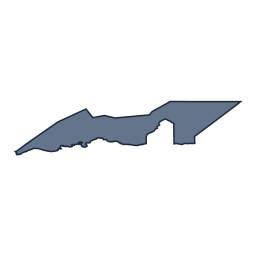 the district of Grindavíkurbær, Suðurnes, Iceland
{"feature_id": "244011B76002453234506", "entity_name": "Grindavíkurbær", "entity_type": "district", "adm_level": 2, "iso_a3": "ISL", "parent_name": "Iceland", "parent_adm1": "Suðurnes", "projection": "robinson", "projection_center": [-22.33, 63.889], "detail": "fine", "context": "isolated", "style": "filled", "palette": "slate", "viewbox_px": 256, "rotation_deg": 0, "n_neighbors": 0, "source": "geoboundaries", "source_scale": "gbopen_adm2", "svg_char_len": 5090}
<svg xmlns="http://www.w3.org/2000/svg" viewBox="0 0 256 256"><path d="M189.3,101.6L170.3,101.5L152.2,111.5L149.4,114.9L115.0,118.0L104.5,115.5L92.8,117.7L86.0,109.0L57.8,122.0L27.2,143.3L15.9,151.7L15.5,151.5L15.4,151.5L15.9,152.0L16.0,152.4L16.2,152.6L16.3,152.9L16.5,153.0L16.5,153.3L16.9,153.6L17.0,153.7L16.8,153.8L17.1,154.0L16.9,154.1L17.0,154.2L16.9,154.3L16.6,154.3L16.6,154.5L17.0,154.4L17.1,154.5L17.4,154.3L17.6,154.2L17.8,154.3L17.8,154.5L18.6,154.5L18.8,154.4L19.3,154.3L19.5,154.4L19.6,154.2L20.4,154.1L21.1,153.9L21.2,153.7L21.3,153.6L21.5,153.4L21.9,153.1L22.0,153.1L22.1,152.9L22.8,152.6L23.0,152.5L23.4,152.3L24.3,152.1L24.7,151.8L25.1,151.8L26.3,151.4L26.7,151.4L27.0,151.2L27.9,150.5L28.4,150.2L30.1,149.9L31.1,149.5L31.3,149.3L32.1,149.2L33.1,148.5L33.9,148.3L34.2,148.3L34.8,148.3L35.7,148.6L36.1,148.6L36.6,148.4L37.1,148.4L37.7,148.5L38.2,148.7L40.1,148.9L41.5,149.4L41.8,149.7L42.2,149.8L42.9,150.0L43.7,150.2L44.3,150.4L45.4,150.5L45.9,150.7L46.8,150.8L47.7,151.1L49.7,151.3L51.1,151.6L52.1,151.4L54.5,151.3L54.8,151.2L55.2,150.9L56.5,150.8L57.3,150.7L57.7,150.5L57.9,150.3L58.0,150.1L58.3,149.7L58.2,149.6L57.7,149.6L57.8,149.2L58.4,148.7L58.8,148.6L59.6,148.6L59.9,148.6L60.0,148.8L60.4,149.0L60.6,149.0L60.6,148.9L60.9,148.7L60.5,148.6L60.0,148.0L60.0,147.7L60.3,147.7L60.4,147.4L60.4,147.2L60.6,147.0L60.7,146.8L60.7,146.5L60.5,146.4L60.6,146.1L60.6,145.9L61.0,145.7L61.3,145.7L61.8,145.5L62.4,145.7L63.1,145.6L63.3,145.7L63.7,146.0L63.5,146.3L63.8,146.3L63.8,146.2L64.1,146.2L64.3,146.2L64.7,146.3L65.3,146.3L65.5,146.5L65.6,146.4L66.0,146.5L66.3,146.3L66.5,146.3L67.1,146.4L67.6,146.3L67.9,146.4L68.1,146.6L68.6,146.6L69.1,146.8L69.6,147.0L70.1,147.0L70.4,146.8L70.8,146.9L71.9,146.5L71.6,146.1L71.8,145.9L71.7,145.7L71.8,145.5L71.9,145.3L71.8,145.1L72.1,144.9L72.1,145.0L72.2,145.4L72.4,145.3L72.7,145.4L72.8,145.3L73.2,145.3L73.6,145.4L73.8,145.3L74.0,145.4L74.4,145.2L74.5,145.0L74.2,144.9L74.3,144.7L74.9,144.4L75.0,144.5L75.3,144.4L76.1,144.5L76.2,144.4L76.4,144.3L77.4,144.2L77.7,144.0L78.7,144.2L78.7,144.3L78.8,144.3L78.7,144.2L77.7,144.0L77.7,143.8L77.8,143.7L78.6,143.4L78.9,143.4L78.6,143.3L78.8,143.1L79.1,143.2L78.5,143.0L78.4,143.0L78.4,142.9L78.6,142.7L78.6,142.8L79.1,142.8L79.1,142.7L79.3,142.8L80.2,142.6L80.2,142.2L80.7,142.0L81.2,142.0L81.8,142.4L82.0,142.6L80.8,142.8L81.6,142.7L82.0,142.8L81.6,143.1L81.1,143.1L80.7,143.4L79.4,143.3L80.1,143.3L80.5,143.5L80.6,143.8L79.6,144.1L79.5,144.3L79.6,144.2L80.6,143.9L80.8,144.0L81.0,144.3L81.2,144.8L81.4,145.2L81.5,145.4L81.4,145.8L81.5,146.0L82.6,146.6L83.3,146.9L84.0,147.1L85.1,147.1L85.5,146.9L86.8,146.3L86.9,146.2L87.1,145.9L87.0,145.4L86.6,145.1L86.2,144.9L86.2,144.6L85.9,144.3L85.9,144.2L86.2,143.9L85.9,143.6L86.1,143.2L86.2,142.9L86.6,142.7L87.0,142.7L88.9,142.9L89.8,142.8L90.0,142.6L90.4,142.1L90.4,141.7L90.5,141.4L90.7,141.2L91.0,141.0L91.3,140.8L92.5,140.4L93.0,139.8L94.0,139.6L94.7,139.6L94.9,139.5L95.4,139.3L95.7,139.1L96.0,139.0L96.2,138.7L96.4,138.7L96.3,138.4L96.6,138.2L97.5,138.0L98.2,137.9L99.6,137.9L100.4,138.0L100.5,138.2L100.8,138.1L100.9,138.3L101.5,138.2L102.3,138.4L102.7,138.5L102.8,138.6L103.1,138.9L103.1,139.0L103.5,139.2L103.5,139.6L103.8,139.5L104.4,139.6L104.8,139.6L105.2,139.6L105.6,139.6L105.8,139.7L106.1,139.6L106.5,139.8L106.6,140.2L106.8,140.4L107.1,140.7L107.7,140.9L108.1,141.4L108.8,141.5L109.2,141.7L109.5,141.5L110.2,141.5L110.4,141.8L110.9,141.9L111.5,141.8L111.9,141.7L112.4,141.7L112.7,141.8L112.9,141.8L112.9,141.7L114.0,141.4L114.5,141.3L115.6,141.2L115.9,141.2L116.0,141.3L116.3,141.3L116.7,141.4L116.9,141.4L117.5,141.4L118.0,141.6L118.1,141.8L118.2,142.0L118.3,142.0L118.8,142.4L119.1,142.6L119.4,142.7L119.5,142.9L120.2,143.1L120.5,143.1L120.5,143.4L120.8,143.3L121.2,143.6L121.3,143.7L121.6,143.8L122.0,143.9L123.0,144.4L123.9,144.4L124.5,144.5L125.1,144.3L125.6,144.3L126.1,144.4L126.9,144.5L128.6,144.3L128.8,144.4L128.8,144.6L129.0,144.7L129.8,144.5L130.0,144.7L131.2,144.7L132.0,144.9L133.2,145.1L133.6,145.1L134.5,145.4L136.6,145.5L138.2,145.4L138.9,145.1L139.2,144.9L139.4,144.7L140.3,144.8L140.8,144.6L141.5,144.4L141.7,144.5L142.1,144.3L142.3,144.4L142.3,144.5L142.5,144.6L142.7,144.4L142.9,144.5L143.0,144.4L143.0,144.2L143.4,144.2L145.8,143.6L146.2,143.6L146.2,137.2L147.0,134.5L148.4,133.6L149.1,133.2L150.9,132.6L153.9,131.1L155.4,129.2L155.9,128.8L157.3,128.3L156.9,126.7L159.6,125.0L158.9,124.4L158.8,123.2L159.3,122.4L160.7,121.3L162.2,120.4L165.6,118.9L169.1,120.9L169.5,120.8L169.9,120.9L170.3,121.1L170.8,121.8L171.8,122.5L172.5,122.8L173.6,123.2L173.8,123.3L174.0,143.8L174.5,143.7L174.8,143.8L175.1,143.7L175.8,143.6L177.2,143.6L178.2,143.9L179.2,143.9L180.6,144.4L181.6,144.4L182.4,144.5L182.7,144.4L183.5,143.7L183.8,143.6L184.6,143.5L184.8,143.5L185.0,143.6L185.4,143.5L185.6,143.4L186.7,143.6L187.1,143.6L187.4,143.6L187.8,143.6L188.0,143.6L188.3,143.6L188.5,143.6L188.9,143.6L189.1,143.5L189.6,143.5L190.1,143.3L190.7,143.3L191.4,143.3L191.5,143.5L191.8,143.4L192.9,143.5L194.0,143.5L194.8,143.4L194.5,136.5L235.9,105.4L240.6,101.6L189.3,101.6Z" fill="#64748b" stroke="#1e293b" stroke-width="1.5"/></svg>